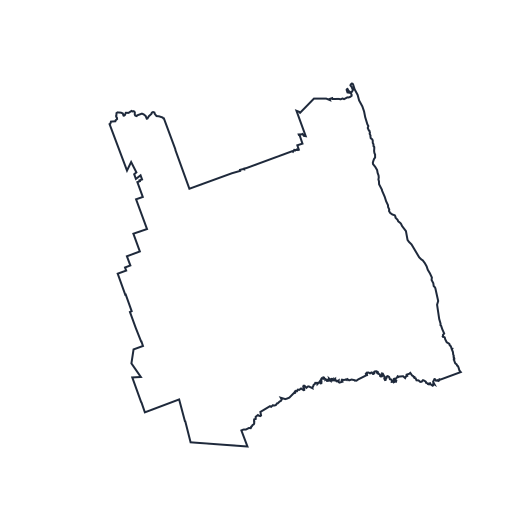 Colón, Córdoba, Argentina (Equal Earth projection), rotated 160°
{"feature_id": "61730980B91207709402211", "entity_name": "Colón", "entity_type": "district", "adm_level": 2, "iso_a3": "ARG", "parent_name": "Argentina", "parent_adm1": "Córdoba", "projection": "equal_earth", "projection_center": [-64.251, -31.181], "detail": "fine", "context": "isolated", "style": "outline", "palette": "slate", "viewbox_px": 512, "rotation_deg": 160, "n_neighbors": 0, "source": "geoboundaries", "source_scale": "gbopen_adm2", "svg_char_len": 6038}
<svg xmlns="http://www.w3.org/2000/svg" viewBox="0 0 512 512"><g transform="rotate(160 256 256)"><path d="M108.9,384.0L108.3,382.2L108.2,378.8L109.7,377.5L110.8,377.2L111.9,378.5L112.6,379.7L112.9,381.7L113.6,381.6L114.0,381.2L114.1,378.4L111.7,377.1L111.2,376.5L111.1,375.9L111.0,374.8L111.4,373.8L113.1,373.3L114.7,373.3L116.0,373.8L119.6,373.3L120.8,374.4L122.9,374.3L124.3,375.2L130.5,377.4L130.4,378.3L133.2,378.4L133.2,377.2L136.2,379.9L147.7,384.1L165.6,375.5L166.0,376.6L168.3,378.6L168.3,351.6L169.9,352.5L170.6,354.8L171.5,354.7L174.3,355.6L174.3,354.4L174.8,354.2L173.7,354.5L173.9,345.7L179.3,345.9L179.4,341.2L179.9,341.2L179.9,341.8L181.0,342.1L181.1,341.6L183.0,342.2L183.3,341.9L183.8,342.6L185.6,341.3L186.0,342.1L235.0,341.9L237.1,342.2L237.4,341.4L238.4,342.1L241.6,342.4L241.8,341.4L250.3,342.0L295.6,342.0L295.5,383.0L295.3,384.0L295.5,416.8L296.0,417.0L296.4,418.1L299.3,420.4L301.6,421.5L302.5,424.1L302.4,425.6L303.5,426.5L304.9,426.3L305.7,425.3L308.9,424.0L311.0,422.3L311.7,422.4L311.8,425.3L313.1,427.5L314.5,428.8L319.6,428.8L320.3,428.3L321.0,428.8L321.5,429.4L321.5,430.6L320.8,432.3L320.9,433.3L321.6,434.0L322.7,434.1L323.3,434.9L326.8,434.1L329.4,435.1L331.0,433.3L332.2,433.0L332.5,433.3L332.4,435.5L332.7,435.8L333.9,436.9L337.0,438.3L338.2,438.0L339.3,435.5L339.6,435.4L339.7,434.5L339.4,433.4L339.7,432.2L341.5,431.5L342.1,430.7L346.3,431.9L347.6,430.2L348.5,430.0L348.0,380.4L341.2,387.0L339.8,375.5L342.5,374.5L342.5,369.5L336.9,371.3L336.9,366.9L339.6,366.9L339.6,366.0L342.2,366.0L342.2,350.2L349.3,350.3L349.2,318.6L363.6,318.9L363.6,300.0L377.4,299.9L377.3,290.1L383.0,290.0L383.0,286.7L392.0,286.7L392.1,264.3L391.6,264.3L391.7,246.7L393.6,246.5L393.6,229.6L393.2,214.9L392.9,214.8L393.0,210.1L403.0,210.1L409.8,197.7L405.6,181.7L413.8,184.2L413.9,157.9L413.7,157.6L413.9,147.1L377.3,147.5L379.3,125.1L379.0,124.8L381.2,103.3L329.2,79.9L329.4,97.1L327.2,97.2L324.8,96.4L321.4,96.8L319.9,96.0L319.2,96.5L318.9,97.3L318.0,97.5L317.1,98.3L315.6,98.6L314.7,99.7L314.6,100.8L314.2,101.1L314.1,102.1L313.6,103.1L312.0,103.0L311.3,105.0L308.6,105.9L307.9,104.9L306.7,104.1L305.8,104.4L305.2,108.0L294.2,110.1L293.4,109.1L291.1,110.0L290.4,109.3L288.4,109.1L286.7,110.3L286.0,110.1L283.5,111.2L282.2,111.3L280.9,112.4L281.2,114.3L277.4,111.5L275.7,111.4L273.1,111.5L266.6,114.6L266.4,114.0L266.0,114.0L265.7,114.3L266.0,115.1L265.8,115.4L264.4,115.7L263.6,115.0L262.3,116.1L261.1,115.4L259.0,116.1L257.1,113.6L256.5,113.6L256.1,114.8L256.4,116.9L255.7,117.8L254.8,117.5L253.7,114.9L251.9,115.6L251.0,115.4L248.2,112.5L248.1,113.3L247.1,113.7L245.9,115.2L244.3,115.7L243.7,116.5L241.5,115.7L241.5,115.3L242.1,115.2L242.2,114.6L240.5,115.5L239.8,115.3L239.7,115.8L239.0,116.3L238.8,114.2L238.1,114.1L237.4,115.6L237.0,117.9L236.6,118.2L236.4,118.0L235.8,118.6L235.0,117.8L234.2,118.9L233.6,118.4L233.8,117.6L233.0,116.8L233.2,116.1L232.6,116.3L231.7,115.1L232.1,114.6L232.0,114.3L230.2,113.9L230.1,114.7L230.4,115.3L230.0,115.5L229.2,114.2L229.1,115.6L228.3,114.1L228.0,114.5L227.5,114.0L226.9,114.6L226.6,114.4L226.9,113.2L225.8,113.9L225.9,113.0L225.2,112.3L224.8,112.4L225.0,113.0L224.2,113.4L224.2,112.9L223.8,113.1L224.0,112.6L223.3,110.9L222.7,111.2L222.1,110.5L220.9,110.8L221.6,109.4L220.9,108.5L217.8,108.3L218.0,110.0L217.5,110.4L216.7,109.8L214.5,109.1L213.6,109.3L213.0,108.4L212.2,109.0L211.0,107.3L208.4,107.2L205.7,105.5L205.7,105.1L204.2,104.5L202.1,105.1L192.6,106.2L193.1,107.7L192.8,107.9L192.2,106.9L192.0,107.4L192.3,108.1L191.7,108.5L190.1,108.0L189.0,106.7L187.4,107.1L186.9,106.8L186.6,105.3L186.0,105.0L185.0,105.3L184.8,106.5L184.1,106.9L182.4,106.6L181.3,105.5L181.2,105.2L182.2,104.9L182.0,104.2L180.1,102.3L180.4,100.6L179.8,100.0L178.8,99.9L177.7,102.5L177.1,102.1L176.7,99.1L176.8,97.7L177.4,96.9L177.2,95.3L176.6,95.2L175.9,96.3L174.9,96.9L174.6,98.0L173.3,98.1L172.3,96.8L172.3,94.4L171.2,93.7L170.8,92.8L171.5,91.3L170.4,91.1L170.2,91.8L169.8,91.8L169.6,91.5L170.0,90.9L169.9,90.2L168.0,90.4L167.5,90.0L166.8,90.9L167.0,91.3L167.5,91.2L168.0,92.5L168.6,92.4L168.5,93.3L167.9,93.4L167.2,92.8L165.2,93.5L164.0,94.5L163.4,93.6L163.0,93.8L158.9,92.7L157.6,90.3L156.5,91.4L155.0,91.6L155.3,92.7L155.1,93.0L152.2,92.9L151.0,93.4L150.2,90.3L149.3,89.3L149.2,88.4L148.5,88.1L148.8,87.1L147.8,86.4L147.7,84.3L145.8,83.5L144.7,81.5L143.3,81.2L141.7,82.2L141.1,81.9L139.6,80.1L139.4,79.7L139.6,78.8L138.4,77.6L138.3,76.9L137.5,76.3L137.0,77.0L135.9,76.9L135.8,75.7L134.4,73.7L133.9,73.8L133.1,75.4L132.2,74.3L132.6,77.2L130.4,79.3L130.0,79.1L129.4,77.2L127.8,77.2L127.7,76.4L127.5,76.2L126.4,76.4L125.7,77.4L124.8,76.8L103.3,76.9L104.0,78.9L103.8,82.3L104.0,83.7L104.5,84.2L104.5,85.4L105.5,87.1L105.5,90.3L104.7,91.8L104.7,92.4L105.0,92.3L104.7,93.0L104.9,93.6L104.3,94.6L104.4,95.9L103.8,98.4L103.9,101.1L103.3,101.7L103.9,102.0L103.8,103.8L104.0,105.3L104.5,105.7L104.4,107.4L106.3,109.7L106.7,113.1L106.5,114.9L107.3,115.8L107.9,116.0L108.0,116.5L107.6,116.6L107.3,117.9L105.7,118.8L106.0,123.6L105.9,127.1L106.3,127.9L105.7,129.4L105.4,134.1L102.5,148.3L100.2,151.4L98.5,164.4L98.6,165.4L99.3,166.9L98.7,169.8L99.2,173.4L98.1,175.6L98.5,180.2L99.3,184.3L99.2,187.9L99.8,191.6L100.8,194.9L101.8,196.2L103.1,198.9L105.9,213.7L107.5,217.1L108.1,219.3L106.6,228.1L108.5,234.2L108.7,236.5L109.1,237.7L110.5,239.9L110.6,241.6L111.8,244.3L111.5,245.5L111.7,246.8L113.7,248.4L115.2,250.6L115.6,252.8L114.9,254.1L115.1,256.9L114.6,258.6L115.0,263.0L114.8,267.5L115.2,274.5L115.0,275.2L115.8,281.3L114.9,284.2L114.8,286.0L113.8,287.8L113.3,289.7L113.3,292.5L112.8,295.4L113.5,299.1L114.6,302.3L114.3,303.7L113.4,305.0L111.9,306.8L110.4,307.8L109.4,310.6L109.5,312.3L109.1,314.3L107.8,317.3L107.6,318.3L108.0,318.8L107.9,319.3L107.4,320.9L107.6,322.3L106.8,324.7L106.9,325.9L107.9,327.4L107.6,329.2L107.2,330.0L107.4,332.0L106.8,332.8L106.6,334.9L107.0,335.3L107.2,338.1L106.0,339.7L106.3,341.6L105.9,349.1L105.0,354.9L104.9,360.2L105.9,366.9L105.4,372.6L106.3,378.9L106.1,384.0L106.3,384.8L106.9,385.3L108.3,384.8L108.9,384.0Z" fill="none" stroke="#1e293b" stroke-width="2"/></g></svg>